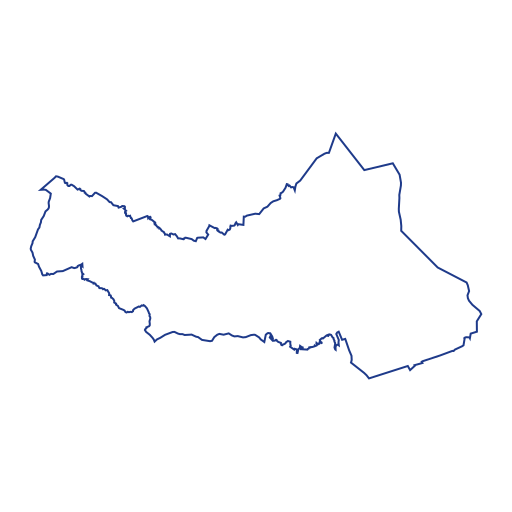 Racaciuni, Bacau, Romania
{"feature_id": "2599482B8693341278780", "entity_name": "Racaciuni", "entity_type": "district", "adm_level": 2, "iso_a3": "ROU", "parent_name": "Romania", "parent_adm1": "Bacau", "projection": "mercator", "projection_center": [26.919, 46.359], "detail": "fine", "context": "isolated", "style": "outline", "palette": "blue", "viewbox_px": 512, "rotation_deg": 0, "n_neighbors": 0, "source": "geoboundaries", "source_scale": "gbopen_adm2", "svg_char_len": 6017}
<svg xmlns="http://www.w3.org/2000/svg" viewBox="0 0 512 512"><path d="M476.9,331.7L476.8,321.3L481.3,314.1L479.7,311.0L472.4,304.8L469.0,300.7L467.9,298.2L467.5,295.3L469.1,291.1L467.8,285.3L466.6,282.5L437.7,267.5L401.2,230.8L401.3,226.1L400.7,219.8L398.9,211.7L398.8,208.9L399.4,198.1L399.3,194.9L400.9,185.6L401.0,182.7L399.6,174.7L392.8,163.3L364.3,170.1L335.8,133.6L328.9,152.9L326.6,152.9L324.5,153.7L316.7,158.3L300.2,180.6L296.4,183.5L295.4,186.6L294.8,190.3L293.6,187.3L292.3,187.0L291.1,187.4L289.5,185.5L288.7,186.0L287.9,185.1L287.7,184.3L286.8,184.1L285.5,187.8L283.0,191.7L281.5,192.9L280.6,193.2L280.3,195.4L279.6,195.6L280.4,198.2L280.0,198.8L276.9,200.2L273.3,201.3L270.7,203.0L267.4,206.7L263.7,208.4L259.2,214.1L255.3,213.7L246.9,215.6L245.2,216.7L243.8,216.6L243.4,224.9L238.4,224.2L237.8,225.0L236.2,222.3L235.5,223.2L234.7,225.2L234.2,225.6L231.8,225.9L230.6,225.6L230.3,226.7L230.4,227.9L229.8,229.5L228.5,230.2L227.7,229.7L225.1,234.4L224.3,234.7L221.7,232.5L220.5,232.6L218.9,231.6L218.6,230.9L218.3,231.2L217.3,230.4L217.1,229.3L217.5,228.8L217.1,228.4L215.6,227.9L214.7,228.1L209.4,225.3L209.2,226.2L206.5,230.9L206.4,232.4L208.2,234.6L205.5,239.0L203.3,237.4L197.9,237.7L197.2,237.9L195.8,241.2L193.8,240.7L191.7,239.1L186.2,237.8L185.2,237.7L183.8,239.1L183.4,238.7L182.8,239.1L179.9,238.4L178.1,238.4L176.9,236.3L175.1,234.1L173.5,234.5L171.3,233.5L170.3,233.7L170.0,233.9L169.9,236.3L167.0,234.5L165.0,234.6L165.0,233.9L164.2,232.9L164.1,232.3L161.4,230.5L161.2,229.8L159.9,228.4L159.3,228.5L159.2,227.8L158.0,227.5L158.2,227.1L156.7,226.2L156.3,225.3L155.8,225.1L155.5,224.2L154.7,224.3L154.5,223.4L154.9,223.2L154.6,222.8L155.0,222.4L151.7,219.8L150.1,219.3L150.6,217.3L150.2,216.8L149.8,216.9L148.2,218.3L147.9,216.4L147.3,216.0L133.2,221.4L132.4,220.4L131.7,218.5L131.3,218.0L130.9,218.0L130.1,215.8L129.5,216.1L128.1,215.7L127.3,216.3L126.2,215.6L125.9,214.2L126.1,213.6L125.9,213.0L125.1,212.9L125.0,212.1L125.2,211.5L126.1,210.8L123.9,208.6L124.9,208.3L124.9,206.7L124.4,206.2L122.2,206.0L121.5,206.7L118.6,207.6L118.0,206.1L113.4,205.2L111.0,202.2L109.6,202.1L107.0,199.3L102.1,196.1L96.1,192.7L95.0,192.8L92.0,196.1L89.9,196.0L89.4,196.5L85.7,193.7L85.4,192.8L84.7,192.7L84.6,192.0L83.9,191.0L81.5,190.8L80.4,190.1L80.4,189.2L79.7,188.6L77.6,189.6L74.1,186.2L71.6,184.7L70.6,184.8L69.5,186.0L68.3,186.0L67.3,184.9L67.3,183.1L66.9,182.8L65.4,183.1L64.9,182.8L64.1,179.6L63.7,179.1L57.8,176.6L56.0,176.3L54.5,177.9L40.7,189.8L44.2,189.6L45.9,189.9L50.8,193.6L50.1,198.1L48.8,201.5L48.6,202.9L49.0,206.0L48.9,207.4L48.5,208.5L47.6,209.6L45.5,211.4L43.7,216.1L41.2,219.9L40.9,222.4L39.9,224.8L39.4,227.5L38.0,229.4L35.2,237.2L32.7,241.3L32.5,243.2L31.2,246.3L30.7,248.7L30.9,249.8L32.5,252.6L33.2,255.9L34.9,259.6L34.6,261.7L34.8,262.3L38.1,264.0L39.0,266.7L41.3,271.0L42.3,274.4L43.1,275.4L46.7,275.1L46.9,273.4L47.5,273.4L49.4,274.8L51.0,273.9L53.3,274.0L57.0,271.5L62.8,271.1L71.6,267.2L74.2,268.1L75.6,267.8L77.3,267.2L77.7,266.1L78.7,265.5L81.2,264.6L82.3,263.8L82.5,266.5L81.6,265.8L80.9,266.1L81.0,268.7L81.4,269.7L81.5,271.2L81.9,272.0L81.9,272.8L83.3,274.1L82.3,274.8L82.4,275.9L82.2,275.8L81.9,276.8L82.0,278.6L82.4,279.0L83.8,278.9L84.5,279.7L85.9,279.0L87.6,279.2L87.0,279.9L87.1,280.3L89.8,281.2L93.3,283.0L93.8,282.8L94.0,283.3L93.9,283.6L95.4,283.6L96.4,285.4L98.5,286.3L99.4,288.1L101.7,288.2L102.7,288.6L103.0,289.2L104.2,288.9L105.8,290.4L107.3,290.1L109.2,293.3L109.1,295.1L110.5,295.3L111.0,296.2L111.1,297.6L112.0,297.9L113.5,299.3L114.3,301.0L114.2,302.5L116.1,303.6L116.0,304.6L117.9,305.9L119.0,308.1L123.2,309.8L124.5,310.5L125.5,312.1L126.6,312.5L127.7,311.8L128.9,312.2L130.6,311.8L131.8,312.1L133.0,311.2L133.1,310.1L134.6,308.6L138.8,306.5L139.9,306.9L141.7,305.4L143.0,305.7L143.6,305.1L144.9,306.0L146.9,308.3L148.6,312.0L149.0,313.3L149.7,314.2L149.5,316.0L150.2,317.1L150.3,318.5L149.5,321.3L149.8,324.0L149.7,325.4L149.1,326.2L146.3,327.4L146.4,328.2L145.1,329.3L144.9,330.0L146.1,331.9L149.8,334.8L152.6,337.9L153.8,339.6L154.6,341.6L157.0,339.4L160.3,337.8L165.1,334.8L172.6,332.0L174.5,331.9L178.0,333.6L179.8,334.1L182.4,334.1L184.7,335.0L191.6,334.6L196.1,336.7L198.1,337.1L202.0,339.9L210.1,341.2L212.0,340.8L214.3,337.1L217.3,334.7L219.4,333.9L223.6,334.7L228.7,333.4L232.0,335.5L234.4,336.4L237.8,336.1L243.0,337.4L245.8,337.1L250.9,335.1L254.1,334.7L255.2,334.9L259.1,337.4L260.7,339.4L264.3,342.0L265.8,334.7L267.6,333.2L268.9,333.0L270.1,333.7L270.4,333.5L272.3,336.6L272.4,337.5L272.9,338.3L272.8,338.9L270.3,336.4L269.8,337.5L272.8,340.8L274.9,340.6L276.0,339.8L276.5,339.9L276.8,340.7L278.2,341.9L280.9,342.9L280.9,343.8L281.5,345.1L282.4,345.2L282.6,344.6L284.5,344.0L285.5,343.2L286.1,342.2L287.9,341.0L290.3,341.7L290.3,344.1L290.7,345.5L290.1,346.7L294.2,349.6L294.6,348.8L296.8,349.4L296.8,352.9L297.5,353.0L298.3,349.5L299.0,348.6L299.7,348.4L300.1,345.9L300.9,346.5L300.6,348.6L300.8,349.2L302.3,349.2L302.4,348.2L302.0,347.8L302.1,347.2L302.7,347.4L302.7,349.3L307.4,349.6L307.7,349.0L308.8,348.5L309.3,347.3L310.5,347.5L310.7,347.1L312.4,347.0L314.6,346.3L314.7,345.8L315.0,346.1L316.6,345.5L317.0,345.0L316.4,343.7L316.5,342.9L318.1,344.3L319.2,343.8L319.2,343.1L319.6,342.1L320.5,342.3L321.3,343.1L321.6,343.0L321.6,342.5L320.5,341.7L319.8,340.0L321.6,338.4L322.2,338.1L322.9,338.5L326.6,335.4L327.9,334.9L327.8,336.6L328.5,335.4L329.7,334.4L331.1,334.9L332.6,337.4L333.5,338.0L333.7,339.4L334.5,340.7L334.4,341.6L335.1,342.9L335.1,344.1L334.5,347.5L335.2,349.4L335.6,349.7L335.5,347.1L336.0,345.6L337.2,344.7L338.0,344.7L338.8,345.3L338.5,342.2L338.8,340.0L336.3,334.0L337.2,332.5L338.7,331.7L342.1,339.8L345.2,338.9L345.6,339.9L349.1,350.2L351.5,355.8L351.7,360.0L351.0,362.6L364.1,372.9L366.5,375.2L369.0,378.4L407.8,366.0L410.1,370.1L414.8,365.8L414.5,365.2L422.4,363.0L421.7,361.8L422.4,361.3L440.0,355.5L452.4,350.9L453.6,351.0L454.9,349.6L462.2,346.2L463.5,345.3L464.6,338.7L464.3,338.2L464.5,337.8L466.1,337.2L469.5,337.4L469.9,338.2L470.7,333.6L476.9,331.7Z" fill="none" stroke="#1e3a8a" stroke-width="2"/></svg>